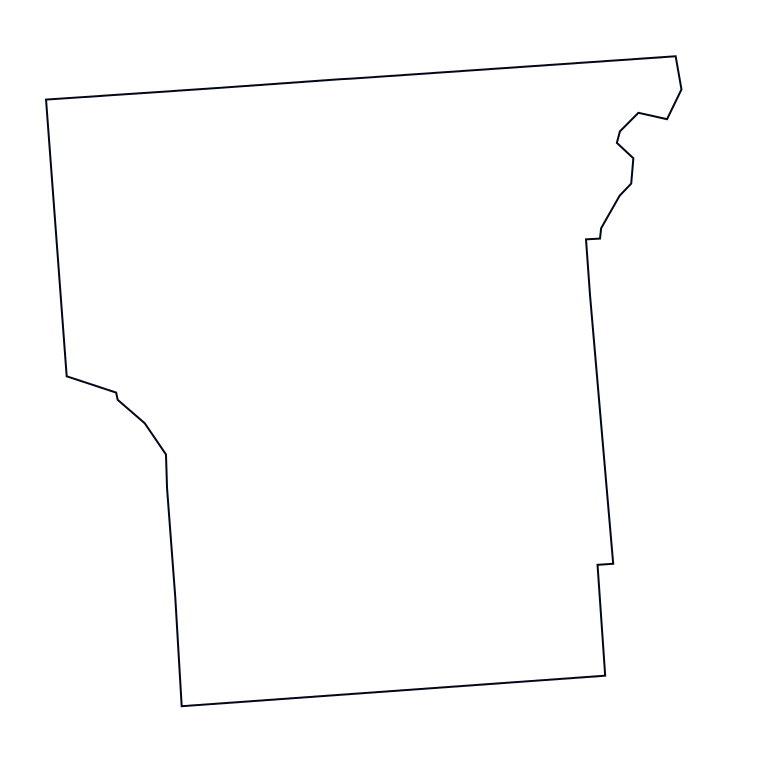 outline of Latah, Idaho, United States of America, rotated 86°
{"feature_id": "52423323B55768154384777", "entity_name": "Latah", "entity_type": "district", "adm_level": 2, "iso_a3": "USA", "parent_name": "United States of America", "parent_adm1": "Idaho", "projection": "robinson", "projection_center": [-116.78, 46.836], "detail": "fine", "context": "isolated", "style": "outline", "palette": "ink", "viewbox_px": 768, "rotation_deg": 86, "n_neighbors": 0, "source": "geoboundaries", "source_scale": "gbopen_adm2", "svg_char_len": 515}
<svg xmlns="http://www.w3.org/2000/svg" viewBox="0 0 768 768"><g transform="rotate(86 384 384)"><path d="M77.4,70.2L77.1,395.1L76.9,406.3L77.1,530.5L76.7,701.3L354.2,700.0L373.9,651.8L381.2,650.8L406.5,625.4L439.1,606.4L472.8,607.7L581.8,607.1L691.3,608.3L690.6,277.8L690.4,183.7L579.3,183.6L579.3,167.9L309.2,172.3L253.8,172.4L254.0,158.4L243.7,156.5L212.6,135.8L201.3,123.4L176.2,119.5L159.7,134.9L148.4,131.0L131.2,111.3L139.6,83.2L110.9,66.7L77.4,70.2Z" fill="none" stroke="#020617" stroke-width="2"/></g></svg>